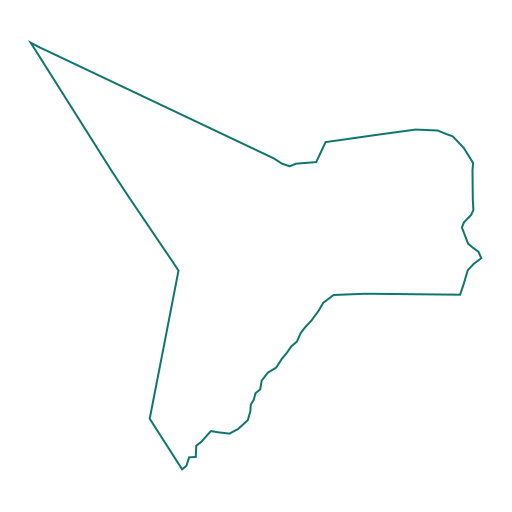 Saloá, Pernambuco, Brazil (Mercator projection)
{"feature_id": "56859067B37228111715524", "entity_name": "Saloá", "entity_type": "district", "adm_level": 2, "iso_a3": "BRA", "parent_name": "Brazil", "parent_adm1": "Pernambuco", "projection": "mercator", "projection_center": [-36.716, -9.001], "detail": "fine", "context": "isolated", "style": "outline", "palette": "teal", "viewbox_px": 512, "rotation_deg": 0, "n_neighbors": 0, "source": "geoboundaries", "source_scale": "gbopen_adm2", "svg_char_len": 963}
<svg xmlns="http://www.w3.org/2000/svg" viewBox="0 0 512 512"><path d="M363.4,293.8L372.5,293.8L460.1,294.7L463.6,284.3L467.8,270.2L474.0,263.6L481.3,258.2L478.4,251.6L473.4,248.1L468.1,243.7L461.9,227.5L463.9,222.4L471.1,215.0L473.4,210.0L472.8,199.5L472.5,170.2L473.1,163.0L463.9,148.1L452.8,136.4L444.2,133.2L437.7,130.5L421.4,129.8L415.3,129.6L377.9,134.7L325.6,142.1L318.6,157.0L316.2,162.1L295.8,163.7L289.7,166.3L282.0,163.7L274.0,158.5L39.9,47.5L30.7,42.7L111.3,170.4L129.0,197.3L164.4,249.6L171.7,260.3L178.5,270.6L165.2,339.2L149.7,418.7L182.1,469.3L186.4,465.8L189.1,457.4L195.8,456.9L196.2,445.8L201.5,441.6L210.9,431.1L218.8,432.4L229.5,433.6L238.1,429.0L247.8,420.1L250.4,411.1L250.8,404.6L253.8,399.7L255.5,393.2L260.2,389.4L261.7,380.6L267.9,372.6L276.2,367.6L282.0,358.6L287.0,352.6L291.4,346.3L297.0,341.5L300.6,333.2L304.7,327.8L311.8,320.1L318.8,310.5L323.3,302.7L333.6,295.0L363.4,293.8Z" fill="none" stroke="#0f766e" stroke-width="2"/></svg>